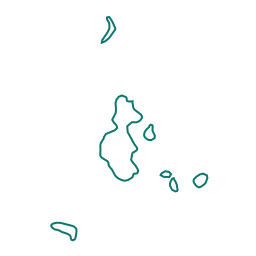 the Province of Sulu, rotated 269°
{"feature_id": "PHL-2524", "entity_name": "Sulu", "entity_type": "Province", "adm_level": 1, "iso_a3": "PHL", "parent_name": "Philippines", "parent_adm1": "", "projection": "natural_earth1", "projection_center": [121.056, 5.938], "detail": "fine", "context": "isolated", "style": "outline", "palette": "teal", "viewbox_px": 256, "rotation_deg": 269, "n_neighbors": 0, "source": "natural_earth", "source_scale": "10m", "svg_char_len": 2084}
<svg xmlns="http://www.w3.org/2000/svg" viewBox="0 0 256 256"><g transform="rotate(269 128 128)"><path d="M153.3,116.0L156.7,117.1L159.4,119.3L160.6,122.4L159.1,126.3L157.7,127.2L156.2,127.2L154.9,127.7L154.4,130.0L154.6,133.0L154.0,132.8L148.2,133.7L147.1,134.2L145.6,135.6L141.3,141.0L139.7,142.1L138.0,142.1L136.4,141.2L135.0,139.8L133.7,137.4L133.5,135.4L133.7,133.6L133.6,131.9L129.8,127.3L123.9,127.6L111.5,134.2L108.5,136.4L107.4,136.9L106.1,136.7L105.2,135.8L103.3,132.6L102.6,131.9L96.2,130.6L94.9,131.2L89.4,135.4L86.3,137.1L84.9,137.3L83.1,136.7L82.4,135.9L82.2,134.8L82.3,133.8L82.0,133.0L81.1,132.4L79.2,131.9L78.4,131.2L76.0,127.2L75.3,124.0L76.1,120.8L77.9,117.2L80.5,114.4L86.3,111.5L90.5,108.2L93.9,107.7L95.2,106.8L98.7,101.3L100.0,100.2L101.4,99.8L106.8,100.1L109.7,100.0L112.5,100.2L114.2,101.0L117.6,103.3L119.3,103.8L122.4,105.8L125.9,114.7L128.3,117.2L131.1,116.4L133.6,114.0L136.5,112.4L143.4,116.0L146.8,116.3L153.3,116.0ZM31.9,49.5L33.1,50.3L33.8,51.8L34.3,53.6L34.5,55.1L34.4,58.6L31.1,70.7L30.3,72.4L29.1,73.8L27.6,74.6L25.4,74.7L19.4,73.7L17.6,72.8L16.7,70.9L17.2,69.6L18.8,68.9L20.7,68.7L21.8,67.9L23.1,65.9L24.0,63.7L24.5,62.0L25.0,60.6L27.1,56.6L28.0,52.8L29.1,51.1L30.5,49.8L31.9,49.5ZM73.6,192.6L75.5,192.9L78.1,195.5L80.3,199.0L81.1,202.2L79.3,206.0L76.6,206.5L72.1,204.8L71.0,204.0L69.4,202.0L68.0,199.8L67.4,198.1L68.1,196.3L69.7,194.6L71.8,193.2L73.6,192.6ZM233.0,111.1L237.1,109.0L238.9,108.9L239.3,111.1L238.5,111.8L234.6,114.2L227.8,117.1L226.2,116.6L218.1,110.5L215.0,106.5L213.8,103.3L216.4,103.8L224.4,109.5L228.2,111.2L233.0,111.1ZM128.2,148.8L130.1,149.7L130.9,150.6L130.3,152.4L129.4,152.7L125.1,152.4L119.8,154.7L117.4,154.4L115.6,151.3L115.6,148.7L116.7,146.5L118.3,144.9L119.9,144.0L122.5,144.2L124.8,145.3L126.8,147.0L128.2,148.8ZM73.5,169.6L76.5,171.3L77.0,172.9L75.6,173.3L73.5,174.6L70.3,175.8L67.4,176.1L65.6,176.6L64.2,176.0L63.8,174.1L65.5,171.0L69.4,169.1L71.8,169.0L73.5,169.6ZM80.3,159.8L82.1,160.8L84.1,164.4L83.4,168.2L81.2,170.3L78.3,168.5L78.5,162.9L80.3,159.8Z" fill="none" stroke="#0f766e" stroke-width="2"/></g></svg>